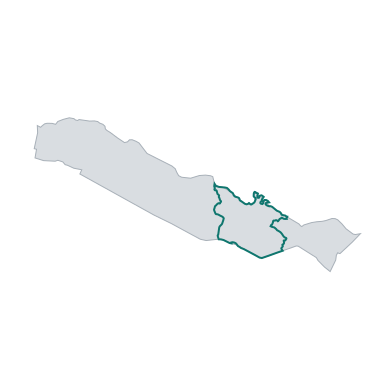 Togo, with Kara highlighted, rotated 119°
{"feature_id": "TGO-88", "entity_name": "Kara", "entity_type": "Region", "adm_level": 1, "iso_a3": "TGO", "parent_name": "Togo", "parent_adm1": "", "projection": "equal_earth", "projection_center": [0.654, 9.526], "detail": "fine", "context": "in_parent", "style": "outline", "palette": "teal", "viewbox_px": 384, "rotation_deg": 119, "n_neighbors": 0, "source": "natural_earth", "source_scale": "10m", "svg_char_len": 5342}
<svg xmlns="http://www.w3.org/2000/svg" viewBox="0 0 384 384"><g transform="rotate(119 192 192)"><path d="M194.6,32.6L193.4,39.7L190.8,48.6L189.1,51.4L187.9,72.9L188.7,74.7L189.3,75.2L197.5,82.5L208.3,92.1L215.9,98.8L216.5,101.1L216.6,115.2L216.7,127.4L218.3,134.4L218.7,141.1L220.6,146.2L227.6,156.1L229.3,161.9L229.5,180.5L229.6,194.6L230.6,213.8L230.6,229.9L230.6,250.2L230.6,274.0L230.6,298.8L226.0,299.2L228.5,306.9L229.0,313.9L229.6,316.2L228.3,319.6L229.3,324.7L231.4,326.6L236.5,337.0L238.3,345.8L230.0,348.7L230.6,351.0L215.1,355.7L208.9,359.5L208.8,355.8L206.6,355.1L203.8,353.9L202.1,352.0L199.8,347.6L198.9,344.1L195.3,343.5L190.8,339.7L186.6,335.3L185.1,330.8L185.5,328.8L184.9,326.7L183.4,325.9L179.6,315.9L177.2,311.9L176.1,308.6L176.5,306.1L176.0,302.8L176.7,300.0L178.8,298.4L179.4,296.4L179.6,292.2L180.8,283.5L181.5,275.0L179.4,272.7L176.7,272.0L175.3,269.6L174.8,265.6L174.8,262.1L180.1,250.0L179.0,222.2L179.8,217.9L182.1,215.0L184.2,211.6L184.1,208.2L180.6,199.9L174.0,193.5L170.7,188.4L168.8,183.7L168.5,181.3L172.5,177.6L174.3,175.1L174.5,172.2L172.9,166.9L173.2,157.5L174.7,150.5L176.3,141.3L176.1,138.7L172.3,133.2L170.2,132.5L168.5,132.9L164.4,136.4L163.0,136.8L162.1,135.8L161.7,134.3L163.1,132.2L162.6,129.5L163.8,127.2L166.3,126.1L167.1,125.0L163.6,123.9L163.2,122.3L163.5,120.7L164.5,120.4L165.5,120.5L166.2,119.4L166.7,111.7L167.1,109.0L167.5,103.6L168.1,82.9L168.9,80.8L169.0,79.2L166.6,78.2L160.8,72.6L157.5,68.4L154.6,64.0L152.1,61.1L147.3,56.7L145.9,53.9L145.7,51.0L147.2,45.4L149.5,39.4L150.7,30.7L150.0,28.5L146.8,24.5L158.1,27.5L174.1,32.7L174.4,33.6L174.5,35.1L177.3,35.1L181.9,33.3L194.6,32.6Z" fill="#d9dde1" stroke="#a8b0b8" stroke-width="1"/><path d="M169.1,96.7L169.6,96.5L169.7,96.3L169.9,96.6L170.3,97.2L170.8,98.3L170.9,98.7L171.0,99.0L171.0,99.4L170.9,100.2L170.9,100.6L171.0,100.9L171.1,101.2L171.3,101.3L172.2,101.5L172.4,101.7L172.8,102.1L173.1,102.3L173.5,102.3L174.1,102.3L174.9,102.5L175.3,102.5L175.6,102.5L175.8,102.6L176.0,102.8L175.9,103.1L175.7,103.6L175.7,103.9L175.7,104.3L175.8,104.6L175.9,104.8L176.1,105.1L176.6,105.4L176.8,105.6L176.9,105.8L177.4,106.6L177.5,106.8L177.8,106.9L178.2,106.9L178.8,106.7L179.6,106.4L180.2,106.4L181.8,106.2L182.0,106.3L182.5,106.7L182.8,106.8L183.3,106.6L183.7,106.7L183.8,106.7L183.8,106.2L183.8,105.4L183.2,103.2L183.1,102.8L183.2,102.4L183.2,102.0L183.4,101.6L183.5,100.7L183.7,100.2L183.9,99.7L184.1,99.3L184.2,98.9L184.2,98.6L184.1,98.0L184.2,96.0L184.3,95.1L184.5,94.4L185.0,93.1L186.4,90.4L186.6,89.7L186.8,88.9L186.6,88.0L186.6,87.6L186.6,87.3L186.8,87.0L187.3,86.8L188.8,86.9L189.2,87.0L189.4,87.2L189.5,87.5L189.6,87.8L189.8,88.1L190.0,88.2L191.0,87.5L191.9,86.8L192.3,86.7L193.4,86.8L193.6,86.9L194.0,87.3L194.3,87.4L194.5,87.3L195.1,86.6L195.4,86.3L195.9,86.3L196.3,86.3L197.6,86.6L197.9,86.6L198.3,86.3L198.5,86.0L199.4,84.2L203.6,88.0L210.7,94.2L215.9,98.9L216.6,101.1L216.6,101.6L216.6,106.5L216.7,113.8L216.8,119.0L217.2,122.1L217.1,122.9L217.0,123.6L217.0,124.9L217.0,125.6L216.6,126.4L215.8,128.2L215.6,129.1L215.7,130.4L216.2,132.1L217.0,133.1L217.8,132.5L218.4,134.4L218.7,141.2L219.4,143.8L220.4,145.7L218.4,147.8L217.5,148.5L216.6,148.4L209.8,151.0L208.8,151.1L208.3,151.0L205.8,150.3L205.0,150.3L201.3,151.0L199.6,151.5L199.4,151.8L199.3,152.1L199.0,152.8L198.9,153.6L198.9,154.4L199.0,155.6L199.0,158.0L199.1,158.7L199.7,160.3L199.6,160.7L199.4,161.1L198.6,162.1L197.9,163.0L197.2,163.8L196.8,164.1L196.4,164.3L195.5,164.4L193.6,164.9L193.3,164.9L193.0,164.9L192.7,164.8L191.9,164.4L191.6,164.4L191.0,164.3L190.6,164.2L189.1,163.5L188.9,163.2L188.8,162.8L188.8,162.5L188.6,162.2L188.3,162.0L187.7,162.1L187.3,162.1L186.9,162.0L186.5,161.9L186.3,162.0L186.1,162.1L185.9,162.4L185.8,162.7L185.7,163.1L185.5,163.4L185.3,163.8L184.3,164.8L184.1,164.9L184.0,165.2L183.9,165.4L183.4,166.1L183.0,166.3L182.1,166.5L181.9,166.7L181.7,167.0L181.5,167.7L181.5,168.1L181.4,168.4L181.3,168.8L181.1,169.0L179.2,170.8L178.9,171.1L178.8,171.5L178.8,171.8L179.0,172.0L179.3,172.5L179.3,172.9L179.1,173.4L178.8,173.7L178.5,173.8L177.7,173.8L177.4,174.0L176.4,175.2L175.4,175.7L174.0,176.2L175.1,174.1L174.5,170.9L172.1,165.4L171.5,163.4L172.0,161.3L172.8,159.3L173.1,157.1L173.1,156.1L173.4,155.4L174.5,154.1L175.1,152.7L175.1,151.7L174.5,149.3L174.5,148.0L174.9,147.3L175.5,146.9L176.0,146.2L176.2,145.4L176.3,143.4L176.7,140.1L176.4,138.5L175.5,137.4L174.0,136.8L174.0,136.7L174.3,135.8L174.4,135.2L174.4,134.5L174.0,133.9L171.4,132.6L170.5,132.4L168.5,132.6L167.4,132.8L166.6,133.3L166.4,133.8L166.2,135.1L166.0,135.7L165.7,136.1L163.4,137.2L162.5,137.4L161.6,137.3L161.3,136.4L161.7,135.7L161.4,134.6L161.4,133.6L163.5,133.1L164.2,132.7L164.9,132.1L165.1,131.4L164.6,130.7L163.9,130.6L162.7,131.0L162.2,130.7L161.7,130.2L161.3,129.8L161.2,129.6L161.2,129.2L161.4,127.3L161.5,126.9L164.0,127.2L165.2,127.1L166.1,126.4L166.8,127.0L167.7,127.2L168.5,126.9L168.8,126.0L168.4,124.6L167.4,124.3L165.4,125.0L163.9,124.8L163.1,123.4L163.0,121.4L163.7,119.6L165.1,121.4L165.9,122.0L166.8,121.9L167.3,121.0L167.4,119.9L167.3,118.7L167.1,117.7L166.8,117.0L166.4,116.5L166.2,115.8L166.1,114.6L167.1,109.4L167.2,108.6L166.9,106.0L167.0,105.0L167.4,104.0L168.1,103.1L168.4,102.7L168.4,102.2L168.1,100.8L167.5,99.3L167.4,98.8L167.5,98.2L167.7,97.8L167.7,97.4L167.4,96.7L168.3,96.5L169.1,96.7Z" fill="none" stroke="#0f766e" stroke-width="2"/></g></svg>